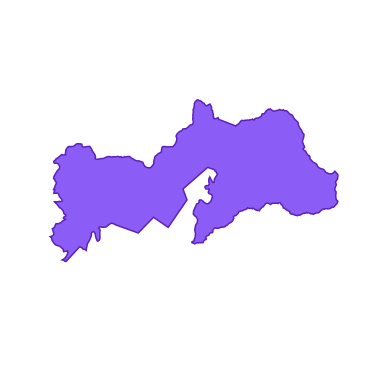 Vale do Anari, Rondônia, Brazil (Albers equal-area conic projection), rotated 200°
{"feature_id": "56859067B14375252511303", "entity_name": "Vale do Anari", "entity_type": "district", "adm_level": 2, "iso_a3": "BRA", "parent_name": "Brazil", "parent_adm1": "Rondônia", "projection": "albers", "projection_center": [-61.937, -9.691], "detail": "fine", "context": "isolated", "style": "filled", "palette": "violet", "viewbox_px": 384, "rotation_deg": 200, "n_neighbors": 0, "source": "geoboundaries", "source_scale": "gbopen_adm2", "svg_char_len": 6092}
<svg xmlns="http://www.w3.org/2000/svg" viewBox="0 0 384 384"><g transform="rotate(200 192 192)"><path d="M303.8,199.9L306.9,198.4L308.0,197.6L310.4,197.0L311.2,197.9L311.8,199.2L312.8,199.2L315.9,198.3L316.7,197.8L317.5,197.0L318.3,195.4L319.7,193.9L321.8,193.1L322.9,192.9L323.9,192.2L324.9,189.3L324.2,185.0L323.5,183.8L326.0,182.6L327.1,182.7L327.9,181.6L329.8,178.0L331.0,177.0L331.2,175.4L331.9,174.6L332.3,173.6L332.0,172.5L330.9,171.9L330.1,172.5L329.2,172.8L327.8,172.7L326.6,172.2L325.3,170.9L324.6,169.5L324.6,168.3L325.2,167.6L326.1,164.7L327.0,160.0L326.9,158.5L326.6,157.2L325.2,156.7L323.9,155.1L323.0,154.8L322.5,154.1L322.8,150.5L322.6,149.5L323.0,146.8L321.6,146.9L321.4,143.5L317.8,145.0L316.2,143.9L314.9,142.3L311.6,140.4L311.0,139.1L311.9,138.2L313.3,137.9L315.6,136.5L317.1,136.2L317.9,135.7L314.5,134.2L310.9,131.9L309.9,131.9L307.4,130.8L305.9,129.4L305.1,128.0L303.9,127.4L302.9,127.4L302.4,126.2L304.0,124.4L303.9,123.4L301.6,123.0L303.7,120.5L304.6,118.5L306.9,116.4L308.9,115.8L309.1,114.4L309.3,111.4L310.7,109.8L308.6,106.9L307.8,106.1L307.4,105.3L307.5,104.4L308.2,102.9L310.0,101.5L308.2,100.8L306.9,98.6L303.8,96.4L302.1,95.6L297.7,95.8L296.5,95.4L293.4,94.1L292.3,92.0L288.8,94.0L288.1,92.9L287.9,90.7L288.1,88.9L289.0,85.8L290.7,83.8L289.3,83.9L287.4,83.4L286.5,83.8L278.8,102.2L276.2,101.9L275.3,101.2L274.4,101.0L272.6,101.4L271.5,100.9L272.5,106.9L272.4,108.7L271.9,110.8L271.6,116.4L272.4,118.6L272.3,119.6L271.5,120.9L270.6,121.1L269.6,120.5L268.5,119.4L267.4,117.2L264.5,113.7L263.6,113.6L262.8,114.7L262.5,116.1L262.7,117.1L264.9,122.7L265.1,124.2L266.0,125.6L267.4,126.2L267.0,127.3L266.3,127.8L263.6,128.4L260.8,129.7L258.4,133.7L257.1,135.1L256.2,135.3L253.8,135.3L252.3,135.0L228.5,135.1L219.5,155.1L202.3,150.6L194.0,182.8L201.5,191.8L185.7,220.5L178.3,220.6L177.6,219.5L176.3,219.5L175.5,218.2L174.1,217.6L175.3,212.3L175.2,210.8L174.5,208.8L175.6,208.0L178.6,210.4L180.5,212.2L180.6,209.9L179.8,207.4L178.4,205.5L178.9,203.8L180.9,202.7L181.6,202.0L181.6,201.1L180.3,199.7L178.4,200.1L177.4,200.8L176.7,200.2L176.7,197.9L176.4,197.0L175.5,196.3L172.9,196.3L171.9,195.6L171.3,194.5L171.0,190.4L171.7,188.5L173.1,186.2L174.0,185.9L177.0,186.3L178.1,187.0L180.6,187.7L181.9,187.2L182.5,186.5L181.9,184.7L182.3,183.4L183.6,182.3L184.0,174.6L183.2,171.6L181.5,170.6L179.6,170.1L178.3,169.1L177.2,167.7L176.6,164.9L177.3,162.5L176.7,158.5L176.4,157.1L174.4,154.1L174.1,152.4L173.6,151.1L173.7,147.9L173.2,147.0L175.0,145.2L174.8,144.4L171.7,144.2L171.1,145.1L169.8,146.1L168.3,146.3L167.5,147.2L166.3,147.2L165.6,148.0L164.4,148.0L164.1,150.4L163.6,151.5L162.7,151.9L162.4,152.7L163.7,154.1L163.2,155.7L162.0,156.7L161.2,157.7L161.3,159.2L160.3,160.2L158.9,160.8L158.7,161.7L159.4,162.6L159.2,163.9L158.3,166.1L157.0,166.2L154.6,167.0L153.8,167.7L153.3,168.5L150.2,169.9L149.2,170.6L148.6,171.9L147.9,172.4L146.7,174.9L144.8,177.1L144.1,178.3L143.7,181.6L144.6,183.0L144.1,184.1L142.7,184.8L141.3,187.9L141.3,188.9L140.9,189.8L138.0,191.8L137.0,193.1L135.9,193.7L134.7,194.8L134.4,196.2L132.8,196.1L130.5,197.0L129.5,196.9L129.0,197.7L125.7,196.9L124.5,196.9L123.5,197.4L122.2,197.5L122.3,198.4L122.0,199.4L121.4,200.4L121.2,201.5L120.0,202.4L119.7,203.7L118.5,206.8L117.5,207.4L116.1,207.5L114.0,207.1L112.5,209.1L110.4,209.6L109.7,210.1L108.7,210.4L107.4,210.5L106.6,211.5L105.5,212.1L104.4,211.1L102.4,210.2L101.6,209.5L100.7,208.2L99.6,208.4L96.8,207.4L94.9,207.1L94.0,207.2L92.4,205.4L90.9,205.2L89.5,205.6L87.1,205.5L84.8,205.8L83.8,207.0L82.8,207.0L80.1,210.1L79.2,210.2L78.1,211.0L77.6,211.9L76.6,211.6L75.5,212.3L74.1,212.4L73.3,212.1L72.4,212.4L70.1,212.6L69.5,213.6L67.4,215.2L66.2,215.6L65.5,216.4L64.0,219.5L62.6,221.0L61.7,221.1L61.3,221.8L57.4,223.1L55.9,224.5L55.3,225.7L53.8,226.1L51.9,230.4L51.7,233.0L52.8,233.8L53.9,234.2L55.6,237.4L56.6,241.4L58.0,242.3L58.9,243.6L58.9,248.4L60.1,249.8L60.5,251.0L59.7,254.1L60.6,257.8L61.3,258.4L64.8,260.4L65.8,258.2L67.1,256.7L69.6,256.1L72.7,256.2L76.1,258.2L80.6,258.1L82.3,258.8L84.8,261.0L88.7,261.6L92.5,263.6L93.1,265.2L94.1,266.3L94.9,265.9L98.1,268.0L99.0,269.2L101.3,269.7L102.4,270.3L101.5,272.5L102.3,273.6L103.2,274.3L104.0,275.5L104.9,276.0L105.7,278.4L105.7,281.4L106.4,284.4L108.6,285.7L110.1,287.4L112.7,289.1L114.1,290.4L115.1,291.7L116.0,293.5L117.0,294.1L120.2,295.4L122.4,296.9L123.0,297.7L123.8,298.3L125.1,298.7L126.0,298.4L127.1,299.1L128.3,299.3L129.3,300.1L130.3,300.5L131.1,300.6L133.1,300.0L134.3,300.5L134.8,299.8L135.9,299.5L137.9,299.5L138.5,298.8L141.6,296.5L142.9,295.9L145.4,296.3L146.8,296.9L147.3,296.2L148.5,296.0L149.9,294.0L150.9,290.2L152.8,289.4L152.8,287.0L155.1,284.1L157.1,283.3L158.0,282.1L158.1,281.1L159.0,280.9L159.9,281.3L160.6,280.6L163.4,278.9L164.8,278.5L165.7,277.8L166.6,277.7L167.5,276.8L169.0,276.6L170.1,276.0L171.5,271.8L172.4,271.0L173.5,269.0L191.8,269.4L192.9,270.8L194.4,269.3L195.5,268.7L196.8,268.7L198.8,272.7L199.8,273.9L200.4,275.4L201.4,275.9L202.2,276.9L202.5,278.2L205.1,280.8L205.9,280.2L207.7,277.9L210.0,278.5L210.9,279.5L212.1,279.4L213.1,279.9L215.5,280.7L216.6,280.2L217.8,280.7L218.9,280.0L219.9,277.9L220.0,275.9L219.0,272.1L219.1,270.2L218.9,269.0L218.3,268.2L217.4,264.3L216.9,263.4L216.3,260.9L215.4,259.5L214.6,257.8L214.5,256.7L214.6,255.8L215.5,254.9L216.4,254.5L217.1,253.4L217.7,251.9L219.4,249.3L221.2,248.7L222.2,248.0L222.6,246.1L224.4,244.6L225.5,242.5L226.1,240.4L226.1,239.1L224.3,236.6L224.0,234.5L224.1,231.9L225.0,229.1L225.8,227.8L231.3,225.8L233.6,225.3L235.1,224.6L235.4,223.3L234.7,219.4L234.8,218.5L236.9,216.5L237.8,214.5L238.7,213.3L238.9,212.3L238.4,207.3L237.6,206.2L238.2,203.0L239.4,200.5L240.6,200.0L242.8,199.6L244.7,199.8L246.8,201.3L248.4,203.1L252.5,203.1L254.3,202.4L256.6,202.4L258.5,202.9L260.6,203.2L263.0,204.0L264.6,203.4L266.3,202.2L267.6,202.2L268.1,201.4L269.8,200.4L270.8,200.9L272.1,200.2L274.0,200.1L276.1,198.7L277.9,198.4L279.6,197.2L281.7,197.1L282.9,196.7L284.8,195.2L286.3,193.6L288.0,192.6L289.0,192.3L290.7,191.1L293.4,190.0L294.6,190.5L294.8,192.4L296.1,193.9L299.4,196.3L301.3,198.2L303.8,199.9Z" fill="#8b5cf6" stroke="#5b21b6" stroke-width="1.5"/></g></svg>